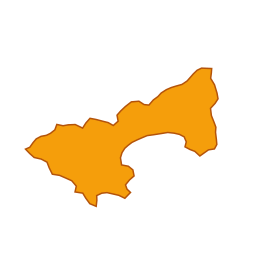 outline of Balneário Camboriú, Santa Catarina, Brazil, rotated 110°
{"feature_id": "56859067B93664630758988", "entity_name": "Balneário Camboriú", "entity_type": "district", "adm_level": 2, "iso_a3": "BRA", "parent_name": "Brazil", "parent_adm1": "Santa Catarina", "projection": "albers", "projection_center": [-48.622, -27.007], "detail": "fine", "context": "isolated", "style": "filled", "palette": "amber", "viewbox_px": 256, "rotation_deg": 110, "n_neighbors": 0, "source": "geoboundaries", "source_scale": "gbopen_adm2", "svg_char_len": 1383}
<svg xmlns="http://www.w3.org/2000/svg" viewBox="0 0 256 256"><g transform="rotate(110 128 128)"><path d="M125.5,48.0L121.0,44.9L118.1,39.6L113.1,38.9L108.4,41.1L102.1,44.3L97.2,45.7L93.2,49.1L87.8,53.9L81.3,57.2L75.1,54.6L69.8,53.4L64.9,56.2L57.8,61.5L53.1,67.3L47.8,68.5L43.5,69.7L46.6,79.4L50.1,82.8L54.8,85.1L59.2,86.8L63.7,88.6L68.6,92.2L72.4,97.5L75.2,101.2L78.9,105.1L83.8,108.8L88.2,110.6L93.0,113.8L99.3,116.2L100.5,120.9L99.1,126.9L102.3,133.8L108.7,137.8L114.5,140.7L119.7,142.7L125.0,139.6L130.7,142.7L129.7,148.5L130.3,154.3L130.9,160.9L131.9,167.0L137.7,169.3L143.6,170.6L142.8,178.8L145.5,185.3L148.1,189.8L149.0,196.1L154.8,196.1L159.6,199.1L162.8,202.2L165.6,206.9L169.6,210.5L174.2,212.2L179.7,213.7L182.9,217.1L185.6,211.6L187.8,206.1L186.9,199.0L187.8,192.4L192.3,188.5L197.3,183.3L195.9,176.1L196.3,169.6L196.8,162.8L200.3,156.7L206.2,155.9L204.7,148.2L208.3,143.8L212.2,138.0L212.5,131.1L206.7,132.5L202.2,134.3L198.2,130.3L195.9,125.6L195.1,119.3L194.4,113.6L195.1,106.9L187.7,103.6L185.8,108.0L182.3,110.9L176.2,108.8L171.0,105.9L165.7,109.1L163.8,114.6L164.9,121.4L158.6,124.9L153.2,125.2L148.2,124.1L144.3,122.0L140.1,119.3L136.1,115.4L132.1,111.2L128.6,107.4L125.6,101.7L121.8,94.8L118.6,89.1L117.1,83.0L116.4,77.5L117.1,72.2L121.1,68.5L126.2,68.0L127.0,62.5L127.1,57.2L129.7,50.9L125.5,48.0Z" fill="#f59e0b" stroke="#b45309" stroke-width="1.5"/></g></svg>